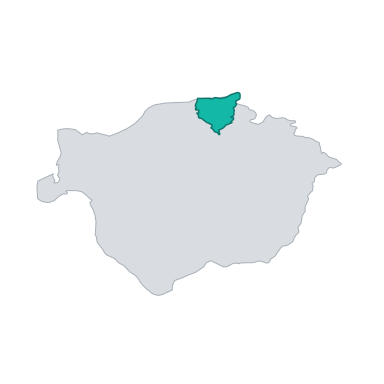 where Dolj sits in Romania, rotated 167°
{"feature_id": "ROU-122", "entity_name": "Dolj", "entity_type": "County", "adm_level": 1, "iso_a3": "ROU", "parent_name": "Romania", "parent_adm1": "", "projection": "natural_earth1", "projection_center": [23.693, 44.245], "detail": "fine", "context": "in_parent", "style": "filled", "palette": "teal", "viewbox_px": 384, "rotation_deg": 167, "n_neighbors": 0, "source": "natural_earth", "source_scale": "10m", "svg_char_len": 5706}
<svg xmlns="http://www.w3.org/2000/svg" viewBox="0 0 384 384"><g transform="rotate(167 192 192)"><path d="M295.7,212.7L299.2,216.9L303.5,219.1L313.5,221.5L314.4,221.2L314.5,220.7L313.8,220.1L313.6,219.4L314.1,218.4L315.5,218.3L317.7,219.2L322.0,218.0L328.2,214.6L334.0,213.9L339.3,215.9L342.1,218.2L343.9,220.4L343.4,223.1L343.1,224.8L341.9,231.9L341.0,234.5L339.5,237.4L323.2,240.9L324.2,239.2L323.7,236.3L323.0,234.1L324.5,232.0L320.8,231.3L319.2,232.4L318.0,234.3L319.2,238.8L317.4,241.2L316.8,242.6L316.8,245.8L315.7,247.2L315.6,248.8L318.2,248.4L317.0,251.2L312.2,256.6L310.6,259.8L311.2,272.5L309.2,280.2L309.1,282.4L303.8,282.5L302.2,282.3L297.3,281.2L291.7,279.1L288.3,275.2L286.2,272.4L281.5,273.7L280.6,273.3L279.3,272.0L275.7,271.0L271.3,271.0L261.4,265.9L260.3,265.0L252.6,265.9L241.0,268.4L232.2,271.6L223.1,277.2L219.4,281.4L215.2,283.7L209.0,285.3L198.1,284.7L186.7,282.6L174.5,280.3L167.9,281.5L158.9,280.6L145.5,277.9L135.4,277.0L125.5,278.6L123.9,277.4L123.5,276.0L123.9,274.0L125.3,272.4L127.7,271.2L129.0,269.9L129.1,268.7L126.4,266.7L120.9,263.9L118.7,262.1L118.1,261.7L118.0,260.2L116.8,258.9L114.7,258.0L113.1,256.4L111.9,254.1L112.2,251.9L113.8,249.8L116.0,248.9L118.6,249.2L119.7,248.6L119.2,247.1L116.7,245.3L112.1,243.0L107.3,244.2L102.5,248.9L99.0,249.7L96.9,246.5L93.1,244.6L87.6,244.1L84.3,242.8L83.0,241.0L80.7,239.6L75.4,238.1L75.4,236.7L76.2,236.3L78.1,236.2L80.6,235.9L81.0,235.1L81.0,234.3L79.1,233.4L77.1,232.7L76.1,232.1L75.4,231.4L75.3,230.7L75.9,230.1L76.7,230.1L77.5,229.7L77.9,228.0L79.0,226.5L79.8,226.0L79.7,225.0L79.0,224.0L77.9,223.2L76.3,222.7L71.3,221.2L68.8,219.1L67.2,219.1L64.8,217.9L62.2,216.1L59.9,213.6L57.5,212.0L56.9,211.3L56.8,210.6L57.3,209.9L57.3,209.2L56.7,206.7L57.1,204.0L57.0,201.6L57.0,200.5L56.6,200.1L56.1,200.5L55.5,201.0L54.9,201.1L53.1,199.3L50.9,195.6L49.3,194.4L46.3,192.7L43.8,191.3L42.0,188.2L40.1,185.9L41.4,184.9L48.7,183.5L52.1,184.9L53.6,184.4L55.1,183.3L55.9,182.4L56.1,181.5L56.8,180.3L59.3,179.7L65.7,180.5L68.4,178.8L69.4,177.9L70.0,176.0L70.7,174.4L73.0,173.5L73.0,172.1L72.6,170.5L74.0,167.1L74.9,165.6L76.2,165.1L77.8,164.0L80.5,161.7L79.9,159.7L80.5,158.2L83.4,154.6L85.6,151.2L85.6,149.5L85.9,147.9L87.8,146.3L89.9,144.1L92.6,137.4L93.6,136.3L95.3,135.0L96.6,133.7L96.8,129.3L98.0,128.0L100.4,126.6L102.7,124.3L104.6,121.5L106.1,120.3L108.0,119.9L110.1,118.9L112.5,118.5L114.7,119.0L116.2,118.7L118.4,117.4L123.9,112.4L124.7,111.4L125.9,110.7L130.4,109.0L131.5,107.3L133.1,105.8L135.1,105.9L141.6,109.7L148.5,109.5L149.8,109.6L150.2,109.7L151.1,110.0L160.4,111.9L161.8,111.7L162.2,111.5L165.9,113.1L169.2,112.9L172.4,111.8L175.6,111.4L178.7,112.1L180.9,114.3L186.9,118.9L188.7,120.7L191.4,120.4L194.4,119.6L197.4,116.4L206.7,112.9L213.8,112.0L220.8,110.6L228.8,109.6L231.1,106.7L232.4,104.7L233.2,101.1L237.5,100.0L241.7,99.3L243.1,98.8L246.1,98.7L248.4,99.0L252.1,100.8L254.6,103.0L255.6,104.8L257.8,107.4L260.2,110.9L262.7,115.7L263.3,118.1L264.3,120.7L266.2,123.8L269.8,127.3L270.4,128.0L272.0,130.5L275.2,135.9L277.9,138.1L280.2,140.5L281.3,142.9L283.0,145.1L286.9,148.0L290.1,150.6L292.7,158.1L294.5,161.6L295.7,164.3L295.2,169.7L296.0,172.0L294.6,176.2L292.2,184.7L291.7,191.4L292.2,195.1L292.3,197.4L293.0,198.9L293.7,202.0L293.9,204.7L293.0,205.4L291.7,206.1L291.2,206.6L292.4,207.8L294.1,210.1L295.7,212.7Z" fill="#d9dde1" stroke="#a8b0b8" stroke-width="1"/><path d="M125.5,278.7L124.5,278.4L123.7,277.8L123.3,277.0L123.3,276.1L124.1,273.0L124.5,272.1L125.1,271.7L125.8,271.6L127.1,271.2L127.8,271.1L128.9,270.6L129.5,269.3L129.2,268.1L128.4,267.8L128.5,267.8L131.1,265.2L132.1,265.0L132.5,265.0L132.7,264.9L132.8,264.4L132.8,263.9L132.7,263.4L132.5,262.7L132.4,262.2L132.5,261.8L133.2,260.4L133.3,260.1L133.5,259.1L133.6,258.3L133.8,257.8L134.1,257.5L135.8,256.6L136.2,256.5L136.9,256.6L137.1,256.6L137.1,256.3L137.0,256.1L136.8,255.9L136.6,255.8L136.3,255.7L135.6,255.6L135.2,255.6L135.0,255.4L134.9,255.1L134.9,254.8L135.1,254.0L135.2,253.6L135.3,253.4L135.5,253.2L136.2,253.0L136.7,252.8L137.1,252.3L137.3,252.0L137.5,251.7L138.2,251.2L138.0,250.9L137.7,250.9L137.6,250.7L138.0,250.5L140.1,250.3L140.5,250.1L141.0,249.9L141.8,249.8L143.6,249.8L144.0,249.4L147.0,247.5L150.0,246.6L151.6,246.5L151.8,246.4L152.0,246.1L152.0,245.8L152.0,245.5L151.9,245.3L151.9,245.0L151.9,244.8L152.0,244.2L152.0,243.7L152.0,243.3L151.9,243.0L151.9,242.7L151.9,242.4L152.0,242.1L152.1,241.9L152.3,241.8L152.5,241.9L152.9,242.0L153.2,242.3L153.5,243.3L153.5,243.6L153.7,244.0L153.9,244.3L154.5,244.6L155.0,244.8L156.0,245.4L156.4,245.6L156.6,246.0L157.3,248.0L157.7,248.6L158.2,249.4L159.1,250.2L157.9,251.5L157.5,252.2L157.4,252.5L157.4,252.8L157.6,253.1L157.9,253.4L159.2,254.1L159.5,254.4L160.4,255.6L160.6,255.8L160.9,255.9L161.3,256.0L161.7,256.2L162.2,256.6L162.6,257.4L163.0,257.9L163.4,258.3L164.1,258.9L164.4,259.2L164.7,259.7L165.0,260.3L165.3,260.7L165.7,261.1L166.8,261.8L167.6,262.1L168.0,262.3L168.6,262.9L168.8,263.3L168.8,263.6L168.7,263.9L168.5,264.2L168.5,264.7L168.5,265.3L168.8,266.3L169.4,267.4L169.5,267.7L169.2,267.8L168.9,267.7L168.5,267.6L168.1,267.6L167.8,267.6L167.6,267.7L167.5,267.9L167.5,268.1L167.5,268.6L167.3,269.2L167.2,269.6L167.1,270.0L167.2,270.3L167.4,270.5L167.6,270.6L167.9,270.7L168.9,270.8L169.4,270.9L169.8,271.2L169.9,271.6L170.0,272.0L170.0,272.3L169.8,272.6L169.2,272.9L168.9,273.1L168.7,273.5L168.8,273.8L169.3,274.5L169.4,274.9L169.3,275.1L168.9,276.3L168.7,276.5L168.3,276.8L168.2,277.0L168.1,277.5L167.9,277.7L167.4,278.2L167.1,278.5L165.4,281.9L154.0,279.3L152.2,278.3L151.5,278.2L148.7,278.7L148.2,278.7L147.3,278.5L143.8,276.8L138.7,276.5L135.7,276.9L134.5,277.5L133.4,277.7L132.4,278.1L129.8,278.3L125.5,278.7Z" fill="#14b8a6" stroke="#0f766e" stroke-width="1.5"/></g></svg>